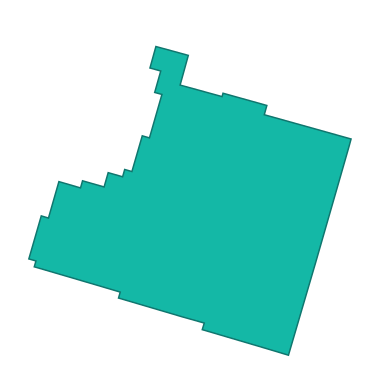 Custer, Montana, United States of America, rotated 286°
{"feature_id": "52423323B6606867099089", "entity_name": "Custer", "entity_type": "district", "adm_level": 2, "iso_a3": "USA", "parent_name": "United States of America", "parent_adm1": "Montana", "projection": "orthographic", "projection_center": [-105.487, 46.324], "detail": "fine", "context": "isolated", "style": "filled", "palette": "teal", "viewbox_px": 384, "rotation_deg": 286, "n_neighbors": 0, "source": "geoboundaries", "source_scale": "gbopen_adm2", "svg_char_len": 630}
<svg xmlns="http://www.w3.org/2000/svg" viewBox="0 0 384 384"><g transform="rotate(286 192 192)"><path d="M279.2,330.4L286.8,330.3L286.2,240.2L295.8,240.1L295.5,194.6L292.0,194.6L291.5,151.1L322.3,150.8L321.9,117.2L299.6,117.4L299.7,128.6L277.4,128.7L277.5,136.2L232.3,136.2L232.3,128.7L195.1,128.6L195.1,121.1L187.5,121.1L187.5,106.1L172.6,106.1L172.6,83.7L165.2,83.7L165.3,61.2L127.4,61.2L127.5,53.7L82.7,53.6L82.7,57.3L82.7,61.0L76.6,61.0L76.3,114.2L76.0,150.6L69.8,150.6L69.3,217.4L69.4,239.9L62.5,239.8L62.0,307.1L61.7,329.7L157.5,330.3L247.9,330.4L279.2,330.4Z" fill="#14b8a6" stroke="#0f766e" stroke-width="1.5"/></g></svg>